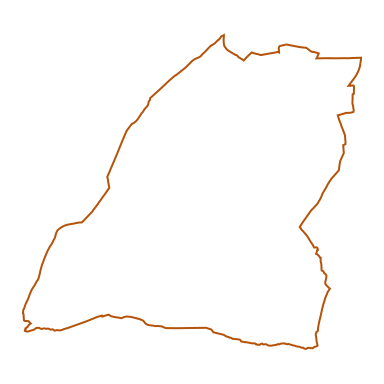 Sandulesti, Cluj, Romania (orthographic projection)
{"feature_id": "2599482B43869878211942", "entity_name": "Sandulesti", "entity_type": "district", "adm_level": 2, "iso_a3": "ROU", "parent_name": "Romania", "parent_adm1": "Cluj", "projection": "orthographic", "projection_center": [23.724, 46.589], "detail": "fine", "context": "isolated", "style": "outline", "palette": "amber", "viewbox_px": 384, "rotation_deg": 0, "n_neighbors": 0, "source": "geoboundaries", "source_scale": "gbopen_adm2", "svg_char_len": 5872}
<svg xmlns="http://www.w3.org/2000/svg" viewBox="0 0 384 384"><path d="M24.8,330.9L25.8,331.3L26.7,331.5L28.2,331.5L31.1,330.5L33.1,330.0L34.1,329.6L36.0,328.2L36.9,327.9L39.0,327.9L39.7,328.2L40.6,328.7L41.5,328.9L42.2,328.9L43.4,328.5L44.2,328.4L45.3,328.5L46.2,328.8L47.0,328.8L47.5,328.6L48.4,328.7L50.7,329.6L51.1,329.7L51.8,329.4L52.5,329.3L53.5,329.8L54.4,330.6L55.0,330.6L56.7,330.1L59.9,330.4L61.9,330.1L63.3,329.3L68.3,327.8L84.3,322.1L89.0,320.3L97.6,316.8L101.9,315.6L102.3,316.6L105.5,315.5L108.9,314.7L109.7,315.4L111.1,316.2L114.3,317.0L119.7,317.8L120.9,318.2L121.8,318.1L123.7,317.2L124.8,316.9L126.7,316.5L127.8,316.6L130.3,316.8L134.6,317.8L139.4,319.1L141.8,320.0L142.5,320.3L143.3,320.8L144.2,321.8L144.8,322.7L145.9,323.8L146.8,324.4L148.1,324.9L150.6,325.4L152.8,325.6L155.6,326.1L157.7,326.0L158.9,326.1L160.6,326.3L161.7,326.3L164.2,327.6L166.5,328.1L176.8,328.2L206.0,327.8L211.3,329.5L213.4,332.3L223.7,334.8L226.5,336.5L227.7,336.9L228.3,336.9L229.6,337.6L230.7,337.8L231.5,338.1L232.2,338.6L232.8,338.9L233.6,338.8L235.0,339.0L238.2,339.4L239.3,339.5L240.1,339.8L240.3,340.1L241.0,341.2L241.1,341.4L242.2,341.6L242.9,341.8L243.9,341.9L244.5,342.1L245.3,342.1L246.2,342.3L247.0,342.3L251.6,343.3L254.6,343.3L255.1,343.5L256.0,344.4L256.4,344.4L256.5,344.3L256.8,344.6L257.1,344.6L258.4,344.7L258.9,344.9L259.3,344.9L259.6,344.8L260.7,344.0L262.1,343.6L262.4,343.8L262.8,344.3L263.1,344.4L264.5,344.4L265.3,344.2L265.9,344.2L266.2,344.3L268.5,345.5L269.0,345.7L271.1,345.7L272.6,345.4L274.2,345.2L277.1,344.6L277.6,344.2L278.0,344.1L279.3,344.4L280.2,343.8L281.2,343.6L283.4,343.4L284.2,343.4L286.3,344.0L287.1,344.2L287.8,344.2L288.8,344.0L289.1,344.1L289.5,344.2L290.4,344.7L292.1,345.0L293.0,345.5L293.3,345.5L294.3,345.5L296.0,346.2L297.9,346.6L299.1,346.7L300.5,347.2L301.7,347.8L302.9,347.6L303.0,347.7L303.6,348.2L304.0,348.4L304.7,348.6L305.2,348.8L305.7,348.9L306.3,348.8L307.4,348.1L308.1,347.8L309.6,347.9L312.7,348.3L313.0,348.1L313.3,347.7L313.8,347.3L314.6,347.0L315.3,346.6L315.9,346.5L316.8,346.2L317.1,346.1L317.5,345.6L317.4,344.6L316.5,341.0L316.4,338.7L315.9,335.9L315.7,334.5L316.2,333.3L316.2,332.3L316.3,332.2L316.6,331.8L317.7,331.1L317.9,330.8L318.1,327.7L318.7,324.2L319.6,320.1L320.9,314.7L322.2,308.7L323.6,303.4L324.6,300.3L325.2,298.1L327.9,291.7L329.9,288.7L326.8,285.8L325.8,284.5L325.2,283.6L325.3,282.1L325.7,280.2L325.9,279.8L326.0,279.3L326.1,278.4L326.3,277.8L326.3,277.1L326.4,276.5L326.4,275.9L326.2,275.0L325.7,274.6L325.3,273.9L324.2,273.2L324.0,272.7L323.4,271.4L323.0,271.1L322.0,270.7L321.7,270.5L321.6,270.2L321.5,269.4L321.5,266.8L321.4,265.1L321.1,263.0L320.6,261.0L320.7,258.3L320.7,257.7L320.0,257.6L318.9,255.8L318.3,255.3L317.5,254.6L316.1,253.9L316.2,253.5L316.6,252.8L317.0,250.6L317.2,250.3L317.8,250.1L318.0,249.9L317.9,249.6L317.7,249.1L317.2,247.7L316.9,247.5L316.5,247.4L314.1,247.5L313.9,247.2L313.0,245.2L310.3,241.2L307.1,235.9L303.4,231.6L301.3,229.4L301.1,228.6L299.7,227.1L302.1,223.2L310.7,211.0L312.0,209.5L313.6,208.0L317.5,203.6L319.5,200.3L321.1,197.3L322.6,193.4L326.7,186.6L327.6,184.6L329.9,180.9L331.5,178.6L338.7,170.5L338.9,169.6L339.6,164.5L340.1,161.4L342.3,156.3L343.8,153.1L343.2,145.2L345.4,144.2L345.5,141.9L344.9,135.0L342.9,129.7L341.8,127.1L340.4,122.9L339.1,119.8L337.8,115.3L339.6,114.9L341.7,114.2L344.4,113.5L345.4,113.1L346.1,112.9L349.6,112.8L350.9,112.7L353.3,112.0L353.5,111.5L353.7,110.9L353.7,110.4L353.2,107.0L353.1,106.3L352.9,105.6L352.5,103.7L352.4,102.9L352.6,98.4L352.6,95.9L352.7,94.2L353.9,93.7L353.9,91.1L354.0,86.6L353.9,86.0L353.6,85.6L352.1,85.5L351.1,85.5L350.6,85.9L349.4,85.7L348.6,85.8L349.7,84.2L354.3,78.1L356.6,74.6L357.8,72.2L359.2,68.7L359.9,66.5L360.4,63.2L361.0,59.4L361.0,57.7L350.4,58.1L349.5,58.2L340.5,58.2L339.1,58.3L325.2,58.2L316.5,58.4L317.0,57.5L318.7,53.4L316.1,52.6L314.8,52.2L311.3,51.6L308.3,49.4L306.3,47.8L301.4,47.3L298.7,46.9L286.4,44.5L284.5,44.9L279.6,46.1L279.2,46.8L278.7,48.5L279.0,51.2L279.1,52.5L277.9,51.9L274.8,52.6L268.8,53.6L260.9,55.1L258.0,54.2L256.4,53.9L251.6,52.5L246.6,57.3L243.7,60.5L242.5,59.6L238.3,57.0L237.8,56.3L237.1,55.4L236.8,55.2L236.5,55.1L236.0,55.1L235.1,54.7L230.6,52.0L228.6,50.8L227.4,49.9L226.3,48.8L224.9,46.9L224.2,45.5L223.9,43.8L223.7,42.0L223.6,39.9L223.9,35.1L221.6,36.2L221.1,36.5L219.9,38.5L219.1,39.4L218.0,40.2L216.8,41.3L214.3,43.8L211.3,45.4L210.5,46.0L204.8,52.0L203.4,53.2L200.0,56.8L199.0,57.3L196.1,58.5L194.4,59.4L193.4,60.0L192.3,60.9L191.4,61.8L185.4,67.7L177.6,73.9L176.7,74.7L175.3,75.5L173.8,76.6L169.3,80.5L160.6,88.7L150.1,98.2L150.1,99.3L149.8,100.1L149.5,100.6L149.0,101.2L148.7,101.8L148.5,102.6L148.4,103.6L148.0,104.7L147.8,105.5L147.5,105.8L146.8,106.8L144.8,108.8L144.2,109.7L142.9,111.9L141.5,113.4L140.7,114.7L140.2,115.6L139.1,117.2L137.6,119.3L136.8,120.4L136.2,121.0L133.8,123.0L132.9,123.5L131.8,123.9L130.7,125.3L126.6,130.9L121.9,141.9L116.6,155.0L110.3,169.8L109.6,171.7L108.3,174.4L107.3,177.0L107.7,178.4L108.1,180.6L108.2,181.9L109.3,187.8L105.8,192.9L102.2,197.8L101.0,199.6L98.9,202.4L97.8,204.1L93.9,209.3L93.0,210.5L92.7,211.1L92.3,211.6L89.9,214.1L83.8,220.5L81.9,222.4L78.4,222.6L73.7,223.6L69.6,224.3L67.7,224.7L65.6,225.3L64.6,225.6L60.9,227.6L59.5,228.6L57.4,230.5L56.9,231.6L56.2,233.0L55.6,235.0L55.0,237.5L54.5,238.5L53.8,239.7L52.3,242.9L51.5,244.3L49.9,246.5L47.5,251.1L46.2,254.0L43.7,260.2L43.5,261.1L41.8,265.5L41.2,267.7L40.4,270.6L39.9,273.2L38.8,277.5L37.9,279.8L37.0,280.9L34.8,285.0L32.2,288.9L31.2,290.8L29.7,294.5L27.9,299.4L26.4,302.3L25.3,304.9L24.2,308.3L23.2,310.2L23.0,313.5L23.4,314.0L23.6,314.6L23.7,317.8L24.0,320.4L25.1,321.1L27.5,321.0L28.1,321.1L28.5,321.2L29.0,321.6L29.4,322.0L29.9,322.9L30.7,323.5L29.4,324.4L28.6,325.1L27.4,327.2L27.0,327.2L26.5,327.5L26.3,327.9L26.0,328.2L25.4,328.4L25.4,328.8L25.6,329.4L25.5,329.9L24.9,330.2L24.8,330.9Z" fill="none" stroke="#b45309" stroke-width="2"/></svg>